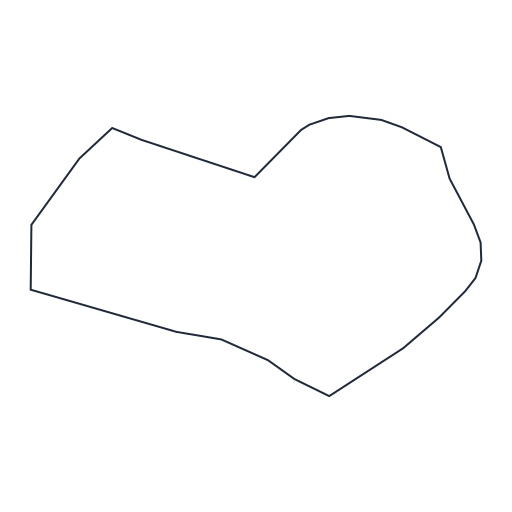 the Municipality of Orhon
{"feature_id": "MNG-3324", "entity_name": "Orhon", "entity_type": "Municipality", "adm_level": 1, "iso_a3": "MNG", "parent_name": "Mongolia", "parent_adm1": "", "projection": "albers", "projection_center": [104.363, 49.015], "detail": "fine", "context": "isolated", "style": "outline", "palette": "slate", "viewbox_px": 512, "rotation_deg": 0, "n_neighbors": 0, "source": "natural_earth", "source_scale": "10m", "svg_char_len": 448}
<svg xmlns="http://www.w3.org/2000/svg" viewBox="0 0 512 512"><path d="M440.8,147.1L449.6,178.6L473.9,224.5L480.6,242.5L481.3,260.7L475.5,278.0L465.2,291.2L439.0,317.6L403.2,348.2L329.2,396.1L294.5,379.1L268.0,360.2L221.2,339.4L176.5,331.9L30.7,289.7L31.4,224.8L79.4,158.5L112.2,128.0L141.6,139.9L254.5,177.2L301.0,130.0L309.4,124.7L328.7,118.1L349.3,115.9L381.2,119.9L401.7,127.2L440.8,147.1Z" fill="none" stroke="#1e293b" stroke-width="2"/></svg>